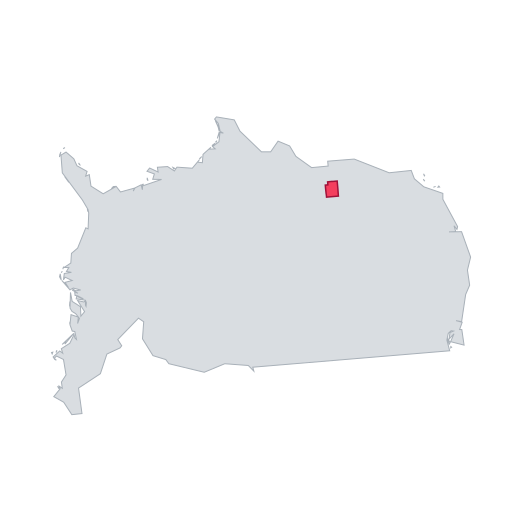 Catron, New Mexico, United States of America shown in context, rotated 175°
{"feature_id": "52423323B25114965344080", "entity_name": "Catron", "entity_type": "district", "adm_level": 2, "iso_a3": "USA", "parent_name": "United States of America", "parent_adm1": "New Mexico", "projection": "orthographic", "projection_center": [-108.593, 33.89], "detail": "fine", "context": "in_parent", "style": "filled", "palette": "rose", "viewbox_px": 512, "rotation_deg": 175, "n_neighbors": 0, "source": "geoboundaries", "source_scale": "gbopen_adm2", "svg_char_len": 4132}
<svg xmlns="http://www.w3.org/2000/svg" viewBox="0 0 512 512"><g transform="rotate(175 256 256)"><path d="M421.3,152.3L444.3,139.9L443.1,114.2L453.3,114.0L460.3,127.1L469.7,133.5L462.7,140.8L463.4,143.5L460.5,141.1L460.8,147.4L455.6,154.1L456.8,169.7L463.4,173.7L465.9,171.8L464.0,169.6L465.4,170.4L466.9,173.1L459.8,178.5L457.0,176.0L458.0,180.6L449.1,185.3L444.1,193.6L443.6,190.2L442.1,188.5L443.1,196.6L445.6,197.2L447.3,203.7L445.4,213.7L438.3,210.6L439.6,204.3L437.3,209.2L440.7,214.3L444.1,216.8L445.8,220.3L444.0,235.9L443.1,226.8L435.3,220.8L435.7,211.3L431.6,215.5L437.6,227.2L431.5,225.2L429.9,226.2L430.2,221.8L429.7,220.6L429.0,224.2L429.8,226.8L438.9,229.0L438.0,231.8L433.2,228.7L431.7,228.4L437.6,232.1L439.7,232.5L439.7,236.0L436.6,234.4L441.7,237.8L441.1,238.8L438.6,237.0L433.6,237.4L440.8,240.0L444.3,238.5L451.7,248.7L445.6,241.0L448.5,246.4L441.3,247.6L448.0,251.5L449.9,249.0L448.5,255.3L441.3,255.8L446.2,257.1L443.5,260.8L448.2,261.3L441.1,265.1L439.6,274.7L433.0,279.4L423.1,298.9L420.9,297.7L418.9,313.3L419.3,316.9L424.1,327.0L441.7,355.7L441.5,373.5L436.2,376.1L429.0,368.7L426.5,361.5L416.9,355.0L418.8,350.4L415.0,351.6L414.3,340.0L402.8,331.3L389.2,337.5L385.4,331.6L371.3,334.2L372.6,331.3L370.6,334.4L364.3,336.9L363.4,331.9L362.9,335.7L343.4,340.5L352.2,341.4L350.1,346.6L357.2,349.9L354.3,352.9L346.2,348.2L346.5,353.0L336.3,352.8L329.9,347.8L327.0,351.4L311.8,349.0L304.1,356.7L306.1,354.6L301.3,353.6L299.9,361.9L291.4,368.3L293.3,366.5L287.3,366.3L289.7,368.8L283.0,373.0L281.1,382.2L277.8,381.2L280.8,383.3L282.0,391.4L285.3,396.0L283.3,398.0L265.8,393.5L261.1,381.8L241.5,359.3L232.3,358.5L224.0,368.5L212.9,362.7L207.6,351.8L192.9,339.2L176.3,339.3L176.3,344.2L149.7,344.0L116.1,327.3L93.9,327.7L91.5,319.1L82.8,310.3L64.4,302.1L64.9,296.2L52.6,267.7L53.5,265.0L56.1,268.9L54.9,262.9L61.6,263.2L49.1,262.3L42.3,236.2L46.6,223.5L45.7,208.3L50.5,199.4L56.9,172.7L62.4,174.2L56.4,172.0L59.6,165.0L57.4,164.8L56.5,149.1L69.6,153.7L65.5,161.3L71.0,156.3L69.4,162.8L65.8,164.0L68.1,164.6L71.2,162.2L73.2,155.6L71.3,144.7L268.9,145.5L268.2,141.5L273.2,147.6L296.5,151.4L317.7,144.7L352.2,156.3L354.9,160.7L367.3,165.7L376.3,183.4L373.6,200.3L378.5,204.3L401.0,184.8L397.6,178.3L399.4,176.3L413.1,171.3L421.3,152.3ZM453.1,187.3L456.8,184.8L444.2,194.9L454.0,184.9L453.1,187.3ZM71.2,151.3L72.3,155.7L72.0,156.4L70.1,152.8L71.2,151.3ZM284.8,394.6L282.0,387.7L281.8,383.6L282.5,387.9L284.8,394.6ZM463.8,140.9L464.8,143.0L464.0,142.8L463.8,140.9ZM330.4,349.9L331.1,351.5L329.3,350.4L330.4,349.9ZM71.0,309.7L73.3,309.0L71.0,309.7ZM68.8,308.7L67.8,309.8L67.1,308.7L68.8,308.7ZM463.6,177.2L463.0,179.0L462.6,178.8L463.6,177.2ZM282.7,379.7L281.7,383.1L284.3,376.5L282.7,379.7ZM436.3,346.1L439.7,351.8L435.8,345.6L436.3,346.1ZM81.8,316.2L82.6,318.0L81.6,316.3L81.8,316.2ZM442.6,374.2L441.3,376.7L443.2,371.7L442.6,374.2ZM453.5,252.4L452.6,255.3L452.1,249.1L453.5,252.4ZM70.0,147.6L69.8,148.8L69.1,148.1L70.0,147.6ZM289.9,370.1L286.8,372.0L289.9,369.6L289.9,370.1ZM467.6,176.2L468.1,177.7L466.8,177.9L467.6,176.2ZM81.3,321.1L81.9,323.3L81.0,321.3L81.3,321.1ZM286.1,373.3L284.8,374.3L285.9,372.8L286.1,373.3ZM446.0,223.1L445.4,226.9L445.9,221.8L446.0,223.1ZM303.3,358.3L301.4,359.8L304.1,357.2L303.3,358.3ZM419.7,314.9L419.9,317.6L419.3,315.8L419.7,314.9ZM448.9,261.5L448.5,262.2L449.6,259.7L448.9,261.5ZM394.2,335.7L392.1,337.6L391.1,337.6L394.2,335.7ZM363.3,336.6L363.0,337.2L361.6,337.4L363.3,336.6ZM424.0,362.4L424.6,364.2L423.5,362.2L424.0,362.4ZM357.7,341.6L357.6,343.4L357.0,340.4L357.7,341.6ZM438.2,380.1L436.9,380.7L438.6,379.6L438.2,380.1ZM447.4,205.0L447.1,206.8L447.3,204.2L447.4,205.0ZM451.4,256.3L450.9,257.2L450.7,257.2L451.4,256.3Z" fill="#d9dde1" stroke="#a8b0b8" stroke-width="1"/><path d="M168.6,317.3L168.6,317.7L168.6,319.0L168.6,321.4L168.6,321.7L168.6,321.8L168.6,323.1L168.6,323.6L169.4,323.6L172.3,323.6L173.2,323.6L174.1,323.7L178.2,323.6L178.2,320.6L178.5,320.6L178.8,320.6L180.8,320.6L180.8,316.9L180.7,312.0L180.6,310.9L180.6,308.5L178.0,308.5L169.2,308.5L168.7,308.5L168.7,309.1L168.6,314.9L168.6,316.2L168.6,317.3Z" fill="#f43f5e" stroke="#9f1239" stroke-width="1.5"/></g></svg>